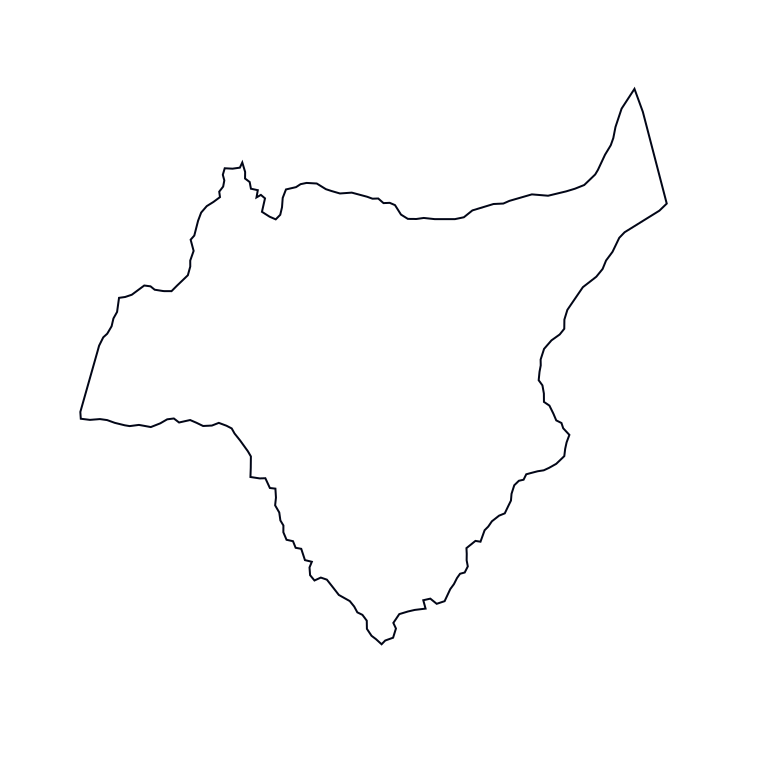 outline of Portelândia, Goiás, Brazil, rotated 172°
{"feature_id": "56859067B45598066883188", "entity_name": "Portelândia", "entity_type": "district", "adm_level": 2, "iso_a3": "BRA", "parent_name": "Brazil", "parent_adm1": "Goiás", "projection": "robinson", "projection_center": [-52.695, -17.338], "detail": "fine", "context": "isolated", "style": "outline", "palette": "ink", "viewbox_px": 768, "rotation_deg": 172, "n_neighbors": 0, "source": "geoboundaries", "source_scale": "gbopen_adm2", "svg_char_len": 2826}
<svg xmlns="http://www.w3.org/2000/svg" viewBox="0 0 768 768"><g transform="rotate(172 384 384)"><path d="M391.9,155.4L385.0,156.0L374.1,155.8L375.2,164.4L368.0,165.0L362.4,159.0L354.2,160.5L346.9,171.7L342.6,176.1L338.7,181.7L335.1,185.5L330.3,186.1L326.4,191.7L326.7,197.9L325.7,204.3L325.2,210.0L315.3,215.9L310.4,214.4L304.7,225.2L300.6,228.3L296.3,233.0L288.4,237.6L282.4,239.1L278.3,245.3L274.5,250.9L273.0,257.5L269.1,265.6L263.9,269.4L259.1,269.8L255.7,274.8L250.9,275.4L244.0,276.2L237.8,276.3L232.2,278.0L224.5,281.0L215.5,287.5L213.6,294.6L211.3,300.8L207.5,307.8L212.7,315.2L213.7,320.7L218.5,324.0L220.4,331.1L223.2,339.6L228.1,344.0L227.0,352.3L227.3,360.6L230.3,366.2L228.3,374.4L226.2,380.6L225.5,386.4L220.6,396.5L212.1,403.9L203.1,408.6L197.8,413.6L196.4,422.7L192.1,431.9L173.6,452.2L158.8,460.7L151.5,467.5L146.9,475.4L139.3,483.1L130.7,496.0L124.6,500.8L87.2,517.3L78.9,523.3L89.8,617.5L94.9,641.4L110.4,623.6L119.0,606.3L122.7,595.6L126.2,588.9L133.2,580.3L142.4,566.2L145.7,562.1L158.0,553.2L167.8,550.8L176.8,549.4L195.3,547.6L211.2,551.2L234.3,547.9L240.7,546.1L250.5,547.0L272.3,543.6L281.7,538.0L290.7,537.4L310.8,540.2L321.5,542.9L329.0,542.9L337.4,544.2L343.6,549.4L348.2,559.6L353.1,562.6L359.3,563.2L363.9,568.5L369.6,569.1L374.7,571.8L389.3,578.0L401.1,578.8L409.1,582.4L414.4,585.0L422.7,591.9L432.7,593.9L438.8,593.5L443.7,591.2L454.0,590.3L458.4,582.4L460.4,573.2L463.2,566.0L468.3,562.1L474.0,565.6L480.9,571.5L476.0,584.4L479.6,588.4L484.3,586.5L482.0,593.5L488.6,595.9L488.9,602.7L493.0,606.8L492.0,613.3L493.5,623.1L496.6,618.3L504.0,618.3L511.7,619.8L514.5,613.6L513.8,607.8L515.8,601.9L520.4,597.4L520.4,591.9L527.6,588.0L534.8,584.8L541.2,579.2L545.4,571.5L551.2,557.4L555.4,553.8L554.0,542.3L558.7,533.2L559.5,527.3L563.1,519.0L575.3,510.2L581.5,505.5L589.5,506.7L598.0,509.3L601.6,513.2L607.7,514.9L621.3,507.5L628.2,506.2L634.4,506.2L638.3,492.5L642.8,486.6L645.7,479.1L651.1,472.3L655.5,469.3L660.8,461.6L663.1,456.3L688.6,398.6L689.1,391.8L680.2,389.4L670.2,388.8L663.2,386.8L656.0,383.0L646.5,379.2L641.7,377.7L632.4,377.6L627.8,376.1L620.9,373.8L611.0,376.2L603.6,379.2L596.9,379.1L592.3,374.4L586.1,374.9L581.0,375.3L575.1,371.7L569.0,367.6L560.2,366.8L553.0,368.5L545.8,364.6L541.0,361.2L538.9,355.8L534.3,348.0L528.2,336.4L525.9,330.8L527.6,319.6L529.2,310.5L520.2,307.8L514.6,307.2L511.5,296.9L506.1,295.5L506.8,286.5L508.7,279.0L505.6,271.3L505.6,263.3L503.3,257.9L504.3,251.2L502.2,243.3L496.0,241.0L494.3,234.1L488.9,232.3L486.8,220.6L480.2,218.0L483.3,212.7L483.8,205.0L480.2,199.1L473.5,201.1L467.8,198.2L462.5,189.1L458.1,181.4L448.1,173.8L444.5,167.8L442.2,161.6L437.5,158.4L434.0,152.0L435.0,143.9L431.4,136.4L427.5,132.5L422.6,126.6L418.5,129.8L410.3,131.5L406.2,140.2L408.0,146.1L400.9,154.0L391.9,155.4Z" fill="none" stroke="#020617" stroke-width="2"/></g></svg>